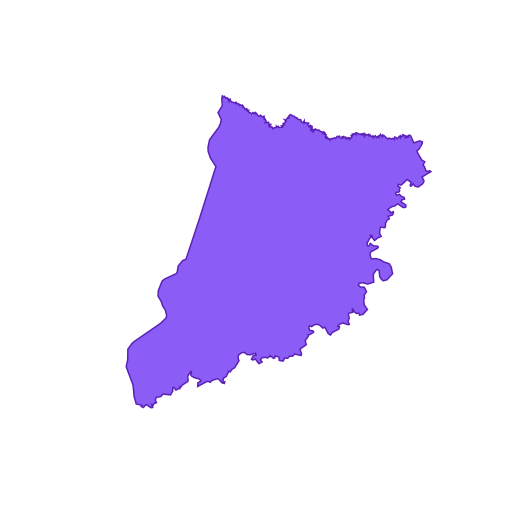 Samrong Thap, Surin, Thailand (Mercator projection), rotated 36°
{"feature_id": "78962969B97732928781759", "entity_name": "Samrong Thap", "entity_type": "district", "adm_level": 2, "iso_a3": "THA", "parent_name": "Thailand", "parent_adm1": "Surin", "projection": "mercator", "projection_center": [103.962, 15.033], "detail": "fine", "context": "isolated", "style": "filled", "palette": "violet", "viewbox_px": 512, "rotation_deg": 36, "n_neighbors": 0, "source": "geoboundaries", "source_scale": "gbopen_adm2", "svg_char_len": 6095}
<svg xmlns="http://www.w3.org/2000/svg" viewBox="0 0 512 512"><g transform="rotate(36 256 256)"><path d="M346.7,104.8L348.4,99.6L347.9,96.6L343.9,94.4L347.9,84.9L346.3,84.9L345.5,86.6L343.2,87.1L339.9,84.8L337.6,84.1L337.2,80.6L333.5,80.9L325.0,77.0L324.3,76.1L325.1,73.7L324.4,67.3L323.5,65.9L320.8,66.6L317.2,71.7L310.3,67.8L308.8,68.2L308.5,69.2L309.2,69.9L308.1,70.2L308.7,70.9L307.3,72.5L306.8,70.9L302.8,71.6L303.9,71.7L304.4,72.6L303.6,73.7L302.5,73.6L303.3,75.5L301.6,74.9L301.4,78.4L299.7,77.8L298.2,78.3L299.3,80.4L297.5,80.5L296.3,81.9L294.3,82.4L294.5,83.2L293.8,84.0L288.6,83.3L288.2,85.5L287.2,83.8L286.4,85.1L285.2,84.6L285.6,85.7L284.7,86.6L285.6,88.1L284.1,87.9L283.8,89.4L281.9,88.6L281.6,89.8L280.3,90.1L281.2,91.2L279.4,91.0L278.8,91.6L277.1,91.0L276.9,92.4L275.6,91.3L274.9,92.8L272.5,93.2L273.3,93.4L273.4,95.5L271.3,93.3L270.6,95.8L270.0,95.9L269.8,95.0L268.5,96.5L264.8,97.3L264.2,98.1L265.4,99.1L264.1,99.2L263.1,99.8L263.4,100.7L262.3,100.8L263.2,102.2L262.3,102.7L263.6,103.5L263.4,105.1L262.1,105.5L263.0,106.7L261.0,106.3L260.5,106.7L260.8,107.8L259.9,108.3L258.7,107.1L257.8,108.2L256.7,107.7L255.8,108.8L257.2,108.9L255.8,110.8L254.1,110.7L252.7,109.5L253.3,110.8L251.4,111.4L251.2,114.2L249.9,114.3L248.9,116.5L248.2,116.4L247.5,117.6L247.8,118.8L246.2,118.2L245.6,119.0L244.9,118.4L243.9,119.3L243.9,118.5L242.8,119.0L242.8,118.0L241.8,118.4L241.5,116.7L240.0,117.3L239.7,115.4L239.4,116.5L238.0,115.7L237.8,117.4L237.1,116.5L235.6,117.3L232.7,117.1L232.3,118.0L229.3,118.4L228.4,119.8L229.3,120.0L229.3,122.0L228.0,120.6L227.1,121.0L227.3,122.1L226.0,121.9L225.6,120.5L226.5,120.0L225.3,118.2L224.3,119.4L224.3,118.4L223.0,118.3L222.8,120.1L220.8,119.8L220.6,117.6L217.6,119.0L216.9,120.4L215.6,118.4L215.7,120.2L214.0,120.9L212.1,119.4L209.3,120.9L207.8,120.1L206.3,120.9L204.7,120.4L203.9,121.2L200.8,121.2L200.2,123.2L201.4,124.1L201.4,125.1L200.3,125.1L200.4,128.4L199.2,128.9L200.9,129.2L200.5,129.9L201.3,130.6L200.5,132.6L199.5,132.9L201.6,133.2L200.8,134.3L201.4,135.1L200.3,135.7L201.6,136.2L199.7,138.1L198.4,138.6L197.9,138.0L197.0,139.1L196.2,139.0L197.0,139.9L195.0,142.1L195.0,143.1L193.0,142.2L190.8,143.7L190.2,143.3L190.8,142.2L189.8,142.3L190.3,141.0L188.8,141.7L187.5,140.4L185.1,142.8L184.8,140.8L182.9,139.9L182.4,140.7L181.5,139.2L180.6,139.4L180.4,138.3L178.9,139.9L177.0,139.4L177.0,140.7L175.2,141.3L172.3,140.3L171.8,141.3L171.1,140.4L170.4,141.9L169.2,141.7L168.9,143.6L166.6,143.4L166.2,144.1L164.8,143.8L164.5,142.4L163.1,143.7L162.7,142.6L162.2,143.2L161.5,142.6L161.0,143.7L158.7,142.8L157.8,143.3L157.6,142.3L156.2,142.0L156.1,142.8L154.4,142.9L154.3,143.8L152.5,143.0L152.1,143.8L150.6,143.6L150.2,144.5L149.4,143.5L148.9,144.5L145.2,145.9L143.7,144.9L143.2,146.4L142.7,144.7L142.1,145.7L141.2,145.0L140.6,145.6L139.5,145.0L138.9,146.0L136.7,145.4L136.6,146.6L135.4,146.7L134.4,145.6L135.7,148.6L140.4,154.2L141.0,162.3L147.7,166.0L149.4,169.9L150.2,173.6L150.1,189.3L153.3,196.3L155.9,199.6L161.5,203.5L171.0,207.2L188.7,260.2L201.3,299.9L199.4,302.5L198.9,309.8L201.7,315.3L201.8,317.2L195.6,328.4L194.8,331.6L197.3,341.4L200.2,345.9L206.4,348.7L209.3,351.0L214.5,353.1L218.6,356.6L219.7,358.7L218.4,366.5L208.0,396.0L207.1,399.6L207.1,406.7L213.2,415.4L216.1,421.9L232.4,432.7L240.3,441.6L246.1,446.1L251.2,443.9L251.8,444.0L251.7,445.2L254.0,444.7L254.1,442.0L255.0,440.6L260.2,440.5L261.5,439.2L259.0,437.4L260.6,437.0L260.1,435.0L261.5,433.9L261.6,433.0L259.2,431.8L258.5,429.0L261.6,425.6L261.9,422.4L268.5,418.6L268.0,414.1L266.0,411.4L266.9,410.5L270.0,411.6L271.4,408.6L272.3,408.3L271.4,406.4L272.2,406.3L272.2,403.9L274.5,397.8L274.4,396.8L271.3,393.3L271.1,387.6L271.9,387.6L273.0,390.5L274.4,391.0L278.1,390.6L281.7,389.0L284.6,389.1L284.8,390.1L283.5,392.7L285.5,395.8L289.9,386.7L291.0,385.6L293.3,385.0L293.4,382.7L296.8,378.1L298.3,377.6L303.0,378.6L305.3,377.7L304.6,376.1L303.7,377.2L302.6,376.8L302.4,375.4L301.4,374.5L302.7,370.8L301.7,365.1L303.3,364.9L303.1,362.1L304.4,358.9L303.8,350.7L301.6,349.2L300.1,346.9L301.1,342.8L303.2,340.9L306.9,340.9L309.6,339.1L312.8,335.0L314.3,336.1L312.4,338.6L313.0,342.2L314.8,341.9L315.8,339.7L321.7,341.4L323.2,338.1L320.7,337.5L320.7,334.7L323.4,332.3L325.4,331.7L325.5,329.9L326.5,329.3L326.0,328.2L330.3,328.5L331.1,327.5L330.2,325.8L333.2,324.4L334.3,324.5L336.1,326.8L339.1,325.5L339.8,324.7L339.1,321.5L341.7,320.2L342.2,317.0L344.4,315.7L345.0,312.5L350.9,310.1L350.5,308.5L346.3,305.5L348.8,298.2L345.5,295.5L345.5,290.4L344.5,289.1L345.6,288.2L347.4,283.7L346.0,283.1L342.9,284.6L340.5,282.4L340.5,280.9L342.5,280.5L343.3,278.0L344.9,275.8L347.7,274.5L352.5,275.0L353.4,273.4L354.3,273.5L360.2,276.4L362.7,276.2L362.7,272.9L366.0,266.4L365.3,264.3L363.4,264.7L363.9,261.6L365.8,259.0L370.6,257.6L371.7,256.5L369.0,254.9L368.0,251.6L365.0,248.9L364.8,247.7L367.4,244.5L365.1,242.3L366.1,242.0L367.5,243.2L370.9,243.5L372.8,241.8L374.5,243.0L376.8,240.4L377.6,233.8L372.3,231.9L368.9,228.2L368.6,226.4L366.5,224.0L366.4,219.9L361.9,217.6L358.8,219.7L357.6,219.7L355.9,219.2L355.5,217.5L357.6,215.2L362.9,213.0L366.6,207.9L361.6,201.8L361.5,195.9L364.2,195.4L368.2,200.0L371.7,201.3L373.6,201.2L375.9,198.4L376.9,190.0L371.8,185.4L368.4,184.0L362.6,185.7L359.1,185.9L354.4,187.7L351.5,190.1L350.1,190.1L347.2,187.6L346.4,185.2L349.8,178.1L349.6,176.8L348.5,176.6L345.0,178.8L341.0,178.6L341.4,181.2L340.8,182.1L340.0,182.0L338.5,180.7L337.6,175.1L337.9,173.3L336.4,172.0L337.7,171.3L339.2,172.7L342.8,173.8L343.9,169.7L345.8,166.6L342.7,165.1L339.9,160.2L340.3,159.0L343.1,157.9L343.6,156.6L341.5,153.2L341.0,149.9L342.0,147.5L339.6,146.1L342.2,142.9L341.9,140.3L340.9,139.5L339.6,142.0L338.4,141.2L335.4,141.1L335.7,139.5L336.7,136.7L339.2,133.4L339.8,130.5L346.3,130.3L348.0,129.3L348.4,128.0L347.2,126.7L341.4,126.8L341.0,124.9L342.8,122.7L341.4,121.5L338.7,122.3L335.7,121.8L334.2,124.1L332.3,123.5L331.9,122.2L333.8,120.6L334.1,119.3L333.0,118.1L332.4,115.9L329.7,116.1L328.8,114.5L331.8,113.2L333.3,105.3L338.2,105.2L339.1,108.1L340.1,108.6L340.7,107.7L340.6,105.1L343.8,106.1L346.7,104.8Z" fill="#8b5cf6" stroke="#5b21b6" stroke-width="1.5"/></g></svg>